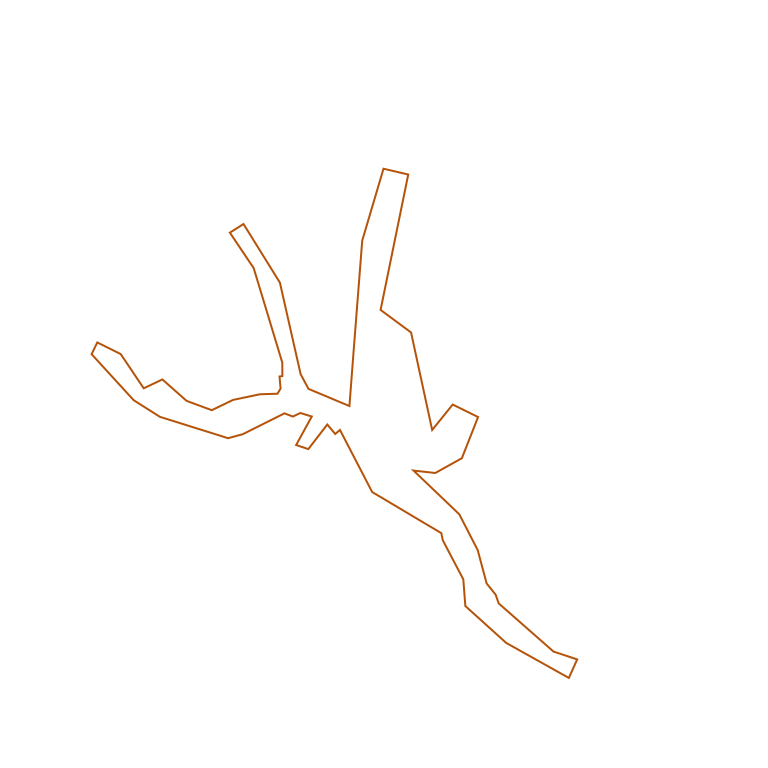 Vlahita, Harghita, Romania, rotated 292°
{"feature_id": "2599482B45078767996614", "entity_name": "Vlahita", "entity_type": "district", "adm_level": 2, "iso_a3": "ROU", "parent_name": "Romania", "parent_adm1": "Harghita", "projection": "equal_earth", "projection_center": [25.468, 46.349], "detail": "fine", "context": "isolated", "style": "outline", "palette": "amber", "viewbox_px": 768, "rotation_deg": 292, "n_neighbors": 0, "source": "geoboundaries", "source_scale": "gbopen_adm2", "svg_char_len": 970}
<svg xmlns="http://www.w3.org/2000/svg" viewBox="0 0 768 768"><g transform="rotate(292 384 384)"><path d="M335.1,288.9L328.0,272.8L312.7,250.0L295.2,234.1L294.4,207.3L305.2,176.8L290.0,162.8L313.1,128.7L315.1,102.6L302.1,101.7L275.2,158.0L269.6,188.6L274.7,251.5L275.3,259.7L284.5,271.8L319.5,302.7L319.6,307.2L319.7,311.7L325.8,317.3L326.8,329.2L294.5,325.4L295.3,338.2L325.2,346.6L319.4,357.5L324.9,360.4L294.4,396.0L279.4,413.5L270.2,473.2L267.2,493.0L261.2,497.0L246.9,513.8L232.6,530.7L208.6,542.6L189.7,594.3L180.7,665.5L201.0,666.3L199.4,641.4L223.5,572.6L230.5,566.4L237.5,553.9L265.1,533.1L291.4,502.6L314.8,443.8L320.7,464.9L344.4,484.0L388.6,483.6L390.7,455.4L359.4,445.9L441.9,389.8L451.4,353.1L587.3,328.0L583.4,302.9L508.8,310.1L429.7,335.1L397.8,345.2L350.6,360.2L351.2,315.8L361.9,303.0L439.0,249.5L479.7,193.8L466.6,184.4L442.6,219.8L365.7,281.7L353.3,286.8L351.8,284.3L341.1,289.8L335.1,288.9Z" fill="none" stroke="#b45309" stroke-width="2"/></g></svg>